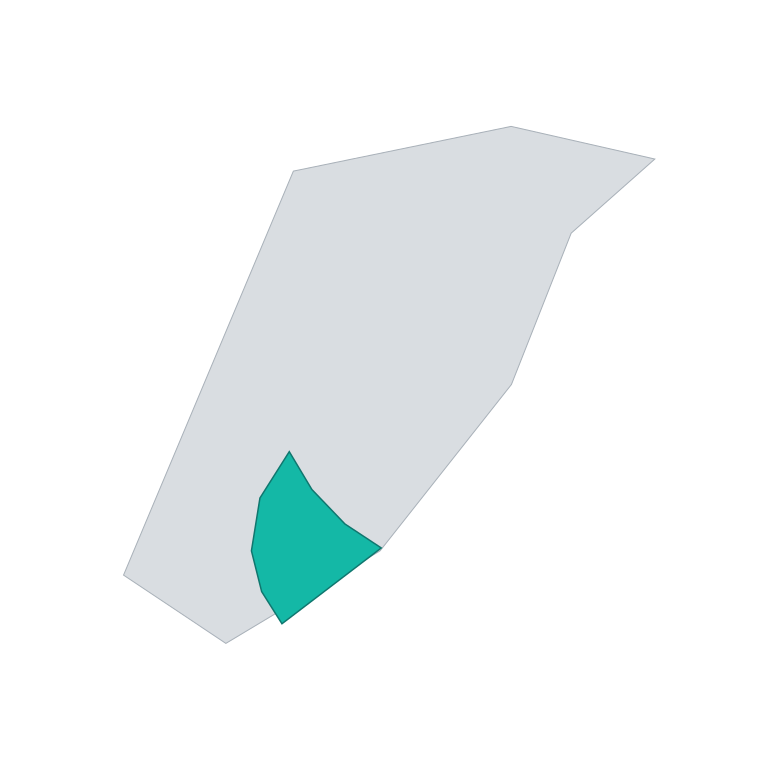 Saint Mark on a map of Grenada (Natural Earth projection), rotated 197°
{"feature_id": "GRD-5074", "entity_name": "Saint Mark", "entity_type": "Parish", "adm_level": 1, "iso_a3": "GRD", "parent_name": "Grenada", "parent_adm1": "", "projection": "natural_earth1", "projection_center": [-61.681, 12.191], "detail": "fine", "context": "in_parent", "style": "filled", "palette": "teal", "viewbox_px": 768, "rotation_deg": 197, "n_neighbors": 0, "source": "natural_earth", "source_scale": "10m", "svg_char_len": 448}
<svg xmlns="http://www.w3.org/2000/svg" viewBox="0 0 768 768"><g transform="rotate(197 384 384)"><path d="M337.8,667.5L190.8,678.3L249.1,583.0L262.0,420.8L339.0,223.3L459.4,89.7L577.2,125.1L532.9,561.1L337.8,667.5Z" fill="#d9dde1" stroke="#a8b0b8" stroke-width="1"/><path d="M338.7,226.4L411.5,124.9L440.3,149.7L462.0,185.7L469.3,238.7L454.8,291.6L422.1,262.0L380.4,238.7L338.7,226.4Z" fill="#14b8a6" stroke="#0f766e" stroke-width="1.5"/></g></svg>